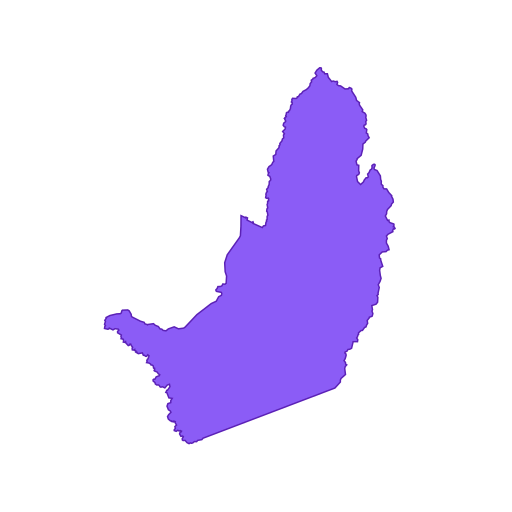 Unincorporated ACT, Australian Capital Territory, Australia (Albers equal-area conic projection), rotated 195°
{"feature_id": "25037944B15172244637897", "entity_name": "Unincorporated ACT", "entity_type": "district", "adm_level": 2, "iso_a3": "AUS", "parent_name": "Australia", "parent_adm1": "Australian Capital Territory", "projection": "albers", "projection_center": [149.092, -35.522], "detail": "fine", "context": "isolated", "style": "filled", "palette": "violet", "viewbox_px": 512, "rotation_deg": 195, "n_neighbors": 0, "source": "geoboundaries", "source_scale": "gbopen_adm2", "svg_char_len": 6120}
<svg xmlns="http://www.w3.org/2000/svg" viewBox="0 0 512 512"><g transform="rotate(195 256 256)"><path d="M306.7,100.9L303.4,96.4L300.1,96.8L300.9,94.4L300.4,92.3L302.9,90.6L303.1,87.9L300.8,84.8L298.6,84.1L297.7,83.0L299.3,80.2L299.9,78.0L298.5,75.8L296.0,74.6L295.1,74.8L294.8,74.3L293.8,74.4L293.4,75.0L292.9,74.4L291.9,75.3L291.1,75.1L291.2,74.3L289.0,72.1L290.2,70.3L289.3,68.6L290.0,67.0L289.8,66.2L287.7,66.0L286.4,67.4L285.1,67.1L284.1,67.8L282.6,67.5L282.8,66.7L283.7,66.1L283.8,64.4L281.9,62.4L280.2,63.1L279.4,62.6L280.0,60.4L279.5,59.2L278.7,58.9L276.7,59.5L274.4,57.9L272.1,57.4L271.0,58.5L269.9,58.4L268.7,59.1L267.5,60.8L265.3,61.3L264.6,62.8L260.8,64.6L260.0,66.3L145.6,148.9L141.9,156.1L142.4,158.0L142.2,159.7L138.9,164.7L141.2,170.3L141.2,172.3L140.2,174.3L141.3,174.6L142.1,176.4L143.9,177.7L143.3,179.8L143.2,183.2L143.7,184.6L145.1,185.4L145.1,186.3L143.5,187.6L143.0,189.5L141.3,190.2L139.8,191.6L140.0,198.4L135.8,199.5L136.0,201.5L137.6,202.9L137.1,204.1L137.1,206.1L136.6,206.7L137.1,208.3L135.2,211.2L133.9,211.7L132.6,215.1L131.4,216.0L131.3,218.1L130.7,219.8L131.9,222.5L130.6,225.5L130.7,226.2L128.3,227.8L128.2,228.6L128.2,230.6L129.7,232.8L129.6,234.3L131.3,238.1L127.6,240.5L126.6,242.8L127.6,247.6L128.9,249.1L128.0,250.4L128.5,251.7L128.8,257.5L130.5,259.9L129.6,263.5L129.4,266.8L130.9,269.4L132.9,274.2L133.1,276.7L130.9,278.8L134.6,284.5L134.8,285.5L136.2,286.1L137.3,289.0L135.1,292.6L131.5,293.9L130.6,295.6L129.1,296.5L130.8,299.6L133.4,302.3L134.1,305.0L133.7,306.7L135.2,309.1L134.0,311.3L130.1,314.9L130.6,315.4L130.3,317.8L129.4,317.8L128.8,318.5L129.9,319.8L130.9,319.8L130.7,321.7L131.2,322.6L135.2,322.9L136.3,323.5L136.9,325.1L138.1,324.4L141.4,328.1L140.8,330.6L141.3,332.8L141.0,335.0L138.5,339.6L138.5,341.4L137.3,343.6L138.4,346.4L140.5,348.7L140.5,349.4L144.2,351.7L147.2,354.6L149.7,354.0L151.2,355.2L151.6,356.8L153.4,357.7L153.8,358.5L154.3,360.7L155.4,362.2L156.6,365.6L161.2,369.9L164.0,370.2L164.8,371.4L164.4,374.2L164.7,375.1L165.4,375.3L166.3,374.9L167.4,373.4L166.7,371.0L167.0,369.7L168.0,368.6L168.4,365.8L169.4,364.0L168.0,361.6L168.7,360.4L169.9,360.1L171.1,357.4L171.4,355.3L173.5,352.1L177.2,354.2L179.5,358.8L179.5,359.8L177.9,361.4L177.7,363.1L178.9,364.9L180.2,370.2L182.1,370.2L183.9,373.5L183.3,375.4L183.5,376.2L180.5,380.5L180.6,386.9L181.7,391.8L179.9,394.2L179.8,395.3L177.3,399.5L179.1,401.4L179.6,402.8L181.3,403.4L181.7,406.8L182.6,407.4L184.1,407.5L185.5,409.3L185.3,410.5L184.2,411.1L183.9,412.1L184.8,414.3L184.3,415.7L185.9,418.4L185.9,419.8L186.5,421.0L187.9,422.2L190.8,423.0L190.7,424.8L195.0,428.5L195.7,429.7L195.7,430.9L199.1,432.3L200.7,435.1L206.3,440.2L206.6,442.1L207.6,442.7L209.5,442.9L210.1,441.4L213.3,440.4L218.3,442.2L220.4,441.9L222.2,442.6L222.1,444.8L222.9,445.7L224.5,444.9L226.7,445.0L228.1,444.1L232.4,447.3L234.2,450.5L236.9,449.8L237.8,451.2L239.3,451.2L241.0,452.4L241.3,453.9L241.9,454.6L243.2,454.3L245.3,451.3L246.3,448.0L244.0,446.0L244.1,445.4L245.0,443.7L246.9,442.3L246.8,441.7L248.1,440.1L247.4,438.5L248.3,436.6L248.0,434.4L249.1,431.8L250.5,429.7L253.2,427.2L254.2,424.6L255.4,423.8L256.3,420.9L257.3,420.5L257.2,419.5L258.1,418.5L261.5,417.8L261.9,416.5L261.4,415.1L261.7,413.9L260.7,413.5L260.3,412.1L261.0,411.3L261.3,409.8L260.9,407.2L261.3,405.0L262.0,404.3L261.9,403.2L263.1,402.9L263.7,402.1L263.4,400.4L263.7,399.4L262.8,398.4L263.4,398.0L264.2,396.3L263.5,396.1L263.5,395.3L262.4,394.3L262.2,393.5L263.6,391.5L263.6,389.3L262.0,388.1L260.9,388.1L260.7,387.3L260.8,386.0L262.5,383.2L260.2,381.4L260.8,379.9L259.8,377.3L260.8,375.8L260.7,374.0L262.1,370.9L261.6,369.7L262.3,368.2L261.8,367.5L262.0,366.3L263.8,362.7L263.2,359.2L265.2,357.0L263.3,351.9L264.0,351.0L264.5,348.2L266.6,345.7L267.4,342.8L266.0,340.1L265.1,339.9L265.5,338.2L265.3,337.0L263.3,336.5L261.7,334.2L261.5,333.0L262.5,331.4L261.8,328.6L262.2,326.2L261.9,325.3L263.0,323.2L261.7,321.1L262.3,320.5L262.5,318.3L262.0,317.4L261.8,314.8L260.5,314.5L259.1,315.1L258.5,314.4L258.5,313.0L258.1,312.6L258.9,311.7L258.4,309.8L258.6,308.6L257.1,305.5L257.6,304.4L257.3,302.0L256.5,301.5L255.1,298.5L255.5,297.2L254.7,294.1L255.2,293.4L254.7,292.3L255.1,291.2L254.7,287.9L256.6,287.0L257.3,285.1L267.3,286.7L267.3,287.8L267.8,288.3L268.6,287.3L273.9,288.4L274.1,290.6L275.8,290.9L275.9,290.2L280.9,291.1L278.1,280.3L277.7,280.3L278.1,280.2L276.3,271.5L276.8,269.3L284.1,249.7L284.5,241.4L281.7,232.8L279.2,229.0L277.8,221.9L278.7,220.7L280.8,220.4L281.2,218.4L282.4,217.4L284.9,216.6L285.1,214.6L286.0,212.9L285.6,212.0L284.8,211.6L280.1,211.9L279.4,211.1L279.2,209.1L281.5,207.0L282.7,202.0L286.9,198.5L297.9,184.1L306.1,168.9L307.2,167.6L312.1,165.6L316.7,166.4L321.8,162.9L323.6,160.4L326.5,160.1L328.1,161.0L329.7,160.7L332.1,162.6L335.4,163.0L337.5,164.1L343.1,161.7L342.4,161.1L343.2,161.6L345.7,161.7L346.9,163.0L350.7,163.1L359.8,165.0L360.7,165.5L361.5,167.4L364.3,170.2L365.9,170.7L371.0,169.1L371.4,168.4L371.4,166.2L372.0,165.2L375.6,164.0L381.7,160.7L384.9,157.8L384.5,157.3L385.4,154.7L384.5,153.9L384.6,150.7L383.4,149.8L383.8,148.9L383.6,146.8L380.2,146.9L379.3,147.4L379.1,148.4L375.0,147.6L373.4,149.3L370.1,149.7L369.3,148.9L370.2,147.3L369.8,146.0L365.6,144.8L365.6,143.1L364.6,141.9L364.9,141.2L362.6,141.2L361.9,139.6L361.9,138.5L360.4,138.6L359.8,139.5L359.2,138.3L356.2,136.4L355.4,136.9L355.0,138.3L354.2,138.5L353.5,137.4L351.6,136.0L351.8,134.9L351.2,133.3L350.0,133.4L349.0,134.3L348.7,133.3L347.7,133.4L347.2,132.9L347.4,132.1L346.6,131.8L346.1,132.2L345.7,131.6L344.4,131.2L340.7,133.0L339.1,130.9L338.1,131.2L336.7,130.5L335.7,130.8L335.0,132.6L333.5,131.9L333.7,128.6L334.2,128.2L334.4,126.7L333.9,126.1L334.1,124.7L331.9,124.9L329.9,124.4L329.3,123.6L327.7,123.7L326.9,123.3L325.9,121.2L324.9,121.3L324.5,119.8L324.8,119.1L324.4,118.7L321.4,118.3L319.8,116.9L318.3,116.5L318.4,115.4L321.1,113.5L321.8,110.8L323.0,110.5L323.4,109.7L322.9,108.5L320.9,107.7L320.1,106.3L318.3,105.7L317.2,106.2L316.1,106.0L314.8,104.8L313.9,104.7L312.5,105.5L309.9,105.0L308.3,108.4L306.4,109.7L305.3,107.5L306.8,103.3L307.4,103.2L307.8,100.9L306.7,100.9Z" fill="#8b5cf6" stroke="#5b21b6" stroke-width="1.5"/></g></svg>